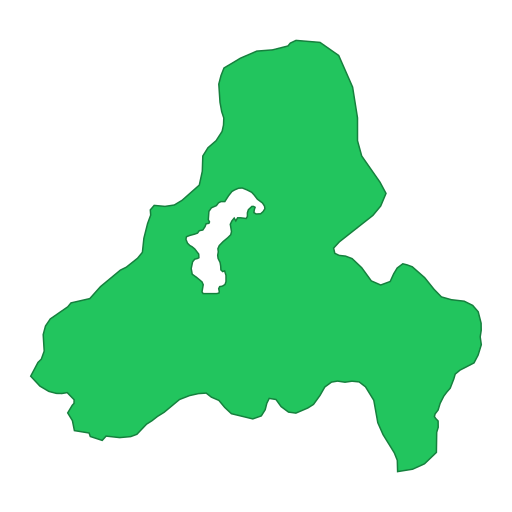 the Governorate of Sana'a
{"feature_id": "YEM-3496", "entity_name": "Sana'a", "entity_type": "Governorate", "adm_level": 1, "iso_a3": "YEM", "parent_name": "Yemen", "parent_adm1": "", "projection": "natural_earth1", "projection_center": [44.362, 15.407], "detail": "fine", "context": "isolated", "style": "filled", "palette": "green", "viewbox_px": 512, "rotation_deg": 0, "n_neighbors": 0, "source": "natural_earth", "source_scale": "10m", "svg_char_len": 3037}
<svg xmlns="http://www.w3.org/2000/svg" viewBox="0 0 512 512"><path d="M296.0,40.4L320.0,42.4L338.7,55.5L352.6,87.1L357.5,117.9L357.5,140.7L361.7,156.0L380.0,182.2L386.0,193.4L380.7,206.0L372.9,215.4L339.4,241.8L333.6,248.1L334.8,253.3L339.1,255.4L345.5,256.1L352.1,258.6L361.7,267.7L371.3,280.9L380.7,285.0L390.2,281.5L393.7,273.8L397.2,268.0L402.8,263.8L407.2,264.9L412.3,266.8L424.7,277.7L434.1,289.4L441.4,296.9L451.3,299.7L464.2,301.2L472.7,305.4L478.2,311.8L481.1,323.2L481.2,330.3L480.2,336.9L481.3,344.7L478.1,355.1L474.0,362.9L460.0,370.1L455.2,374.1L453.8,378.9L450.2,388.2L446.8,392.1L443.8,396.1L440.1,403.4L438.1,410.0L435.1,413.9L434.4,416.6L435.8,418.6L438.1,421.0L438.2,427.3L436.7,432.3L436.4,452.4L424.5,463.8L412.6,469.2L397.6,471.6L397.3,460.3L394.3,452.8L383.1,434.7L377.8,422.7L373.8,400.3L365.5,386.8L359.1,381.9L352.0,381.2L345.0,382.2L337.5,381.1L331.5,382.1L324.8,387.0L320.0,395.4L313.5,404.4L307.8,408.0L295.9,413.1L288.5,412.1L281.1,406.6L276.0,399.5L269.2,398.4L266.8,403.3L265.2,409.7L261.3,415.9L252.8,418.9L231.4,413.7L224.7,407.4L218.9,400.4L211.3,397.1L206.2,393.1L198.4,393.6L189.5,395.6L179.5,399.5L164.1,412.3L157.5,416.4L152.0,420.7L146.5,424.2L136.9,434.3L130.7,436.6L119.7,437.6L106.1,436.1L102.2,440.4L90.3,436.5L89.1,433.0L74.4,430.6L72.4,420.6L67.7,412.9L72.3,405.2L74.0,403.4L74.1,399.7L67.2,392.6L61.9,393.5L56.4,393.4L48.8,391.4L39.9,386.1L30.7,376.2L38.0,362.4L41.3,359.2L44.2,351.1L43.2,334.6L45.5,326.0L50.3,318.9L67.8,306.8L71.0,302.9L89.8,298.6L100.5,286.6L120.4,270.1L126.3,267.2L137.6,258.2L142.4,252.3L143.9,238.2L147.6,223.5L150.7,215.1L150.3,209.9L154.2,205.4L165.0,206.4L174.3,205.0L182.1,200.3L199.3,185.1L202.3,171.3L202.8,156.0L208.0,147.7L216.1,140.7L222.1,131.4L223.5,125.1L223.8,118.0L221.7,111.6L220.0,102.3L218.8,84.1L221.0,75.6L224.0,68.0L240.4,58.2L256.8,51.1L272.4,49.9L287.9,46.0L290.3,43.1L296.0,40.4ZM256.1,214.0L260.6,213.8L263.1,211.6L264.9,208.7L264.5,206.1L262.5,203.0L257.4,199.2L254.1,194.9L251.7,192.3L247.0,189.9L242.3,188.0L238.6,188.2L234.6,189.9L231.9,191.5L228.5,195.8L226.0,199.7L224.8,201.6L220.9,201.6L218.5,202.8L216.4,205.6L211.4,207.8L208.9,211.4L208.3,219.7L209.5,221.9L208.9,223.3L206.1,223.8L205.0,226.7L202.8,230.0L199.3,230.7L197.5,233.1L194.7,234.1L189.6,235.5L186.5,236.7L185.9,239.3L187.5,243.2L189.8,245.5L192.0,246.7L194.7,248.9L198.7,254.1L198.9,257.7L197.7,258.4L194.7,259.2L192.6,261.8L191.2,268.5L192.2,274.2L197.1,277.8L202.0,281.9L203.2,284.7L202.0,291.9L203.2,293.6L210.9,293.6L216.6,293.6L218.9,293.1L219.3,291.7L218.7,288.6L219.7,286.6L222.3,286.2L225.0,284.5L226.0,281.6L226.0,275.4L224.6,270.9L222.7,271.6L220.9,269.9L220.7,266.1L220.1,262.5L218.1,258.4L217.7,255.3L218.3,251.8L217.9,248.7L219.3,245.5L223.2,241.5L227.8,237.7L230.7,234.8L231.5,231.7L231.1,229.1L230.3,224.3L231.9,220.9L234.2,218.1L235.8,220.9L237.6,217.8L240.5,217.8L246.2,218.5L247.4,216.4L247.4,212.8L248.4,209.7L250.2,208.0L251.9,206.4L253.5,206.4L255.1,207.3L254.3,209.7L253.9,212.6L256.1,214.0Z" fill="#22c55e" stroke="#15803d" stroke-width="1.5"/></svg>